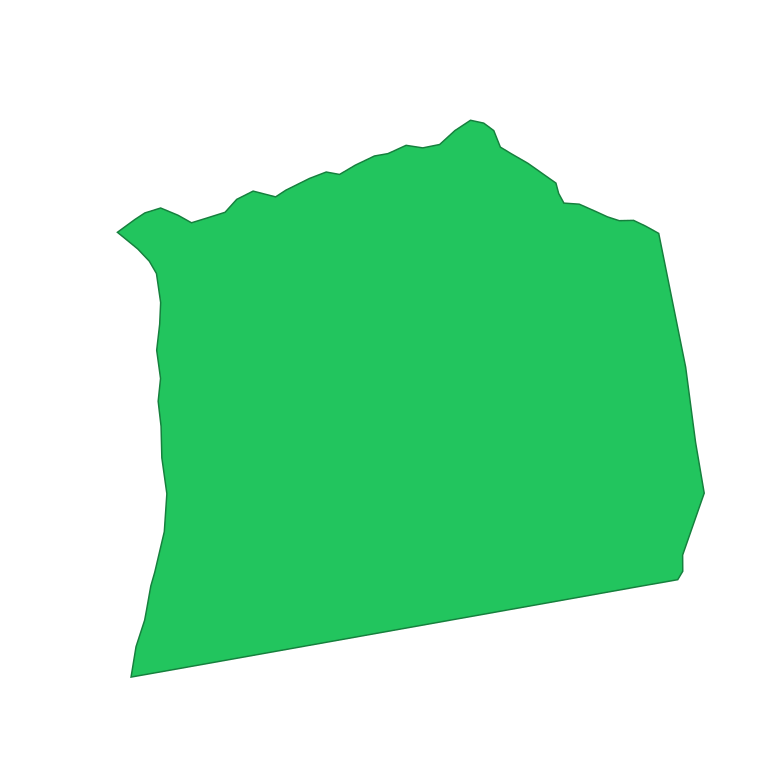 outline of Santo Antônio do Caiuá, Paraná, Brazil, rotated 260°
{"feature_id": "56859067B63646792478521", "entity_name": "Santo Antônio do Caiuá", "entity_type": "district", "adm_level": 2, "iso_a3": "BRA", "parent_name": "Brazil", "parent_adm1": "Paraná", "projection": "mercator", "projection_center": [-52.325, -22.693], "detail": "fine", "context": "isolated", "style": "filled", "palette": "green", "viewbox_px": 768, "rotation_deg": 260, "n_neighbors": 0, "source": "geoboundaries", "source_scale": "gbopen_adm2", "svg_char_len": 947}
<svg xmlns="http://www.w3.org/2000/svg" viewBox="0 0 768 768"><g transform="rotate(260 384 384)"><path d="M139.3,84.0L139.3,99.3L140.3,591.1L140.3,639.3L147.7,645.7L163.7,648.4L220.9,680.4L272.4,680.7L348.2,684.0L484.6,680.7L494.0,669.1L501.8,658.2L504.0,644.0L509.8,633.1L516.1,624.0L527.2,607.5L530.9,592.6L541.3,589.1L552.0,588.2L576.2,564.2L588.7,549.3L597.1,539.7L614.5,536.1L623.6,527.5L628.7,515.0L621.3,497.9L610.2,480.4L609.8,463.2L615.2,447.2L610.2,427.9L610.2,414.1L604.5,393.7L598.1,376.6L602.8,363.9L599.4,346.4L592.0,321.2L587.1,309.7L596.7,288.6L591.4,271.0L580.7,257.3L578.2,238.4L576.2,222.4L586.0,210.4L596.1,194.6L594.0,178.2L589.3,167.3L579.7,147.8L559.8,164.9L545.7,174.2L532.3,179.1L503.0,178.2L481.9,173.5L456.7,166.0L428.2,164.9L406.2,158.6L381.0,157.1L349.9,152.4L313.6,151.1L276.7,142.0L238.3,125.5L225.6,119.3L202.1,110.7L193.0,107.3L168.4,94.2L139.3,84.0Z" fill="#22c55e" stroke="#15803d" stroke-width="1.5"/></g></svg>